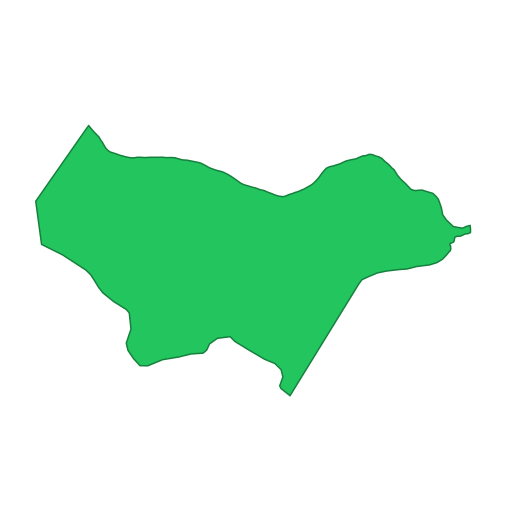 outline of Active Hill, Castries, Saint Lucia, rotated 176°
{"feature_id": "8701671B75539751550114", "entity_name": "Active Hill", "entity_type": "district", "adm_level": 2, "iso_a3": "LCA", "parent_name": "Saint Lucia", "parent_adm1": "Castries", "projection": "robinson", "projection_center": [-60.979, 14.02], "detail": "fine", "context": "isolated", "style": "filled", "palette": "green", "viewbox_px": 512, "rotation_deg": 176, "n_neighbors": 0, "source": "geoboundaries", "source_scale": "gbopen_adm2", "svg_char_len": 2491}
<svg xmlns="http://www.w3.org/2000/svg" viewBox="0 0 512 512"><g transform="rotate(176 256 256)"><path d="M469.1,282.5L449.0,270.7L426.7,253.9L422.2,248.8L419.0,243.0L415.2,235.7L411.3,229.9L401.1,220.4L389.0,211.6L386.4,208.0L385.8,191.9L391.5,178.1L390.3,170.8L385.2,162.0L379.4,154.7L371.7,154.0L356.4,159.1L340.4,160.6L327.7,162.8L315.5,162.8L311.7,165.7L308.5,171.5L300.2,176.6L287.4,177.3L283.0,172.2L270.8,163.5L254.8,152.5L244.6,147.4L238.9,140.9L237.6,133.6L241.4,124.8L240.2,121.9L231.8,114.3L203.7,153.5L155.5,220.8L154.6,221.9L151.9,225.0L145.4,227.5L136.2,230.6L126.9,231.9L113.9,232.5L106.3,232.5L96.6,234.3L83.5,235.0L75.9,236.8L70.0,239.9L65.3,244.3L63.4,246.4L61.9,247.6L61.2,249.4L61.2,250.8L61.2,252.5L61.8,253.5L61.6,254.9L59.6,255.5L58.0,256.1L57.1,257.7L56.8,259.2L56.6,260.0L56.3,260.8L55.4,261.2L54.3,261.6L52.3,261.6L50.4,261.6L48.3,262.4L45.8,263.4L43.3,263.4L40.8,264.2L40.3,264.8L40.3,266.3L40.1,267.9L40.3,271.5L43.8,270.9L48.0,269.4L51.3,270.1L57.1,271.6L63.6,278.7L66.9,284.2L67.8,291.7L70.1,299.8L72.1,302.8L75.3,306.2L83.1,309.1L85.7,310.2L93.2,310.2L96.8,311.7L101.7,317.7L105.9,322.1L109.2,326.6L112.3,332.5L114.3,334.3L116.2,336.8L117.8,338.6L120.8,341.3L123.8,344.7L126.5,346.3L129.8,347.5L131.7,348.5L134.3,349.4L136.6,349.4L139.2,348.5L142.7,348.4L146.8,347.0L149.3,346.0L153.5,345.5L155.7,345.2L158.4,344.7L160.2,344.3L163.0,343.2L165.6,342.2L168.3,341.5L171.3,340.8L172.9,340.4L175.2,340.1L177.5,339.6L179.9,338.5L182.5,336.0L184.3,334.1L188.0,329.7L190.9,326.9L193.0,325.0L195.3,323.4L197.5,322.2L200.0,321.1L203.2,319.5L205.4,318.8L208.0,317.8L210.8,317.0L212.6,316.7L215.5,315.7L217.1,315.4L219.7,314.7L221.8,313.9L224.5,313.3L228.3,313.9L232.0,315.2L235.9,317.1L239.9,318.9L243.4,320.8L247.1,321.8L251.9,324.0L255.5,325.1L258.3,326.2L261.5,327.4L263.3,328.1L266.2,329.7L268.5,331.7L271.7,334.3L273.2,335.5L275.2,337.1L277.8,338.9L278.8,339.6L280.3,340.4L282.0,341.5L284.1,342.5L287.4,343.6L289.6,344.3L293.1,345.8L296.4,347.3L299.5,349.4L302.7,351.4L304.2,352.3L306.8,353.3L318.1,356.4L322.7,357.0L330.2,359.7L334.1,360.2L337.4,360.3L340.1,360.6L342.4,361.1L345.1,361.2L348.6,361.4L351.3,361.6L355.5,361.9L359.7,361.9L363.3,362.4L367.3,362.8L369.9,362.5L372.7,362.5L374.9,362.9L378.6,363.9L385.0,366.1L387.6,367.3L390.0,368.3L394.1,369.9L396.2,371.5L398.5,374.3L401.6,380.6L402.8,382.4L404.1,385.3L406.3,388.0L408.4,390.4L410.7,393.4L413.8,397.7L415.8,395.5L471.9,326.0L469.1,282.5Z" fill="#22c55e" stroke="#15803d" stroke-width="1.5"/></g></svg>